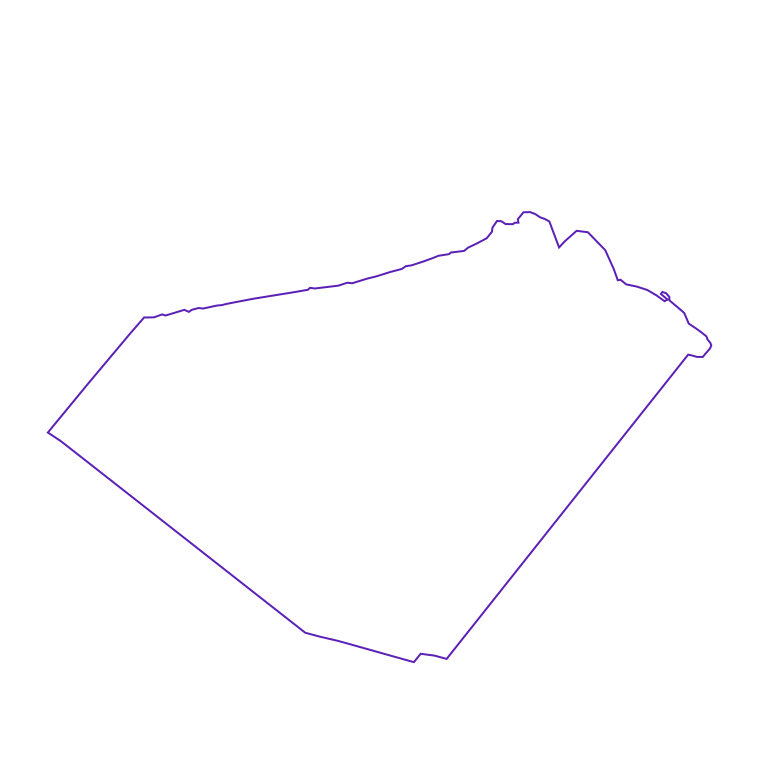 N'Gourti, Diffa, Niger, rotated 218°
{"feature_id": "23599985B32057380818540", "entity_name": "N'Gourti", "entity_type": "district", "adm_level": 2, "iso_a3": "NER", "parent_name": "Niger", "parent_adm1": "Diffa", "projection": "orthographic", "projection_center": [13.567, 16.185], "detail": "fine", "context": "isolated", "style": "outline", "palette": "violet", "viewbox_px": 768, "rotation_deg": 218, "n_neighbors": 0, "source": "geoboundaries", "source_scale": "gbopen_adm2", "svg_char_len": 1378}
<svg xmlns="http://www.w3.org/2000/svg" viewBox="0 0 768 768"><g transform="rotate(218 384 384)"><path d="M158.8,620.0L164.8,620.1L171.8,619.9L181.0,619.2L191.1,624.8L198.5,625.2L210.5,625.6L212.8,628.3L217.8,629.2L221.3,627.9L221.2,625.4L212.5,625.1L213.9,622.0L223.8,621.6L234.4,620.2L244.8,616.4L254.5,611.6L261.7,611.8L263.7,609.7L273.6,616.0L292.1,625.7L316.8,629.1L326.5,623.3L326.9,621.2L329.3,608.4L330.1,599.4L353.8,613.9L359.1,613.0L363.4,611.5L369.6,611.0L374.7,609.4L379.8,605.2L380.0,596.3L377.4,593.9L380.3,591.5L380.8,589.4L386.6,584.9L391.8,584.5L395.3,582.0L394.8,573.9L392.7,570.6L392.8,562.1L397.5,551.6L401.7,543.2L402.8,538.2L410.1,530.9L412.2,528.9L412.7,526.4L420.0,518.6L423.3,512.9L427.7,505.9L435.3,494.5L439.3,490.3L440.8,485.6L447.9,476.3L456.6,463.7L461.9,457.0L471.1,443.8L475.3,441.2L480.5,433.4L497.4,416.6L501.5,414.3L501.9,411.5L511.2,401.2L524.2,387.2L539.3,370.9L549.9,358.8L557.7,349.8L560.1,346.6L564.0,342.9L573.0,332.1L576.8,329.8L581.1,324.2L582.2,320.7L587.0,319.5L598.3,303.5L601.7,302.2L606.3,294.9L614.0,288.7L615.1,267.8L617.4,201.8L619.0,138.8L603.6,140.0L578.5,140.0L292.9,139.5L279.0,145.4L262.2,153.2L189.2,183.2L189.0,194.0L176.9,201.1L165.4,205.9L162.4,594.4L158.4,596.3L154.1,598.0L149.5,601.6L149.0,613.0L149.9,616.0L152.3,617.4L156.7,618.3L158.9,620.0L158.8,620.0Z" fill="none" stroke="#5b21b6" stroke-width="2"/></g></svg>